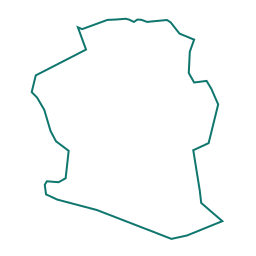 outline of Hampton, Virginia, United States of America, rotated 92°
{"feature_id": "52423323B9721740762179", "entity_name": "Hampton", "entity_type": "district", "adm_level": 2, "iso_a3": "USA", "parent_name": "United States of America", "parent_adm1": "Virginia", "projection": "orthographic", "projection_center": [-76.376, 37.054], "detail": "fine", "context": "isolated", "style": "outline", "palette": "teal", "viewbox_px": 256, "rotation_deg": 92, "n_neighbors": 0, "source": "geoboundaries", "source_scale": "gbopen_adm2", "svg_char_len": 676}
<svg xmlns="http://www.w3.org/2000/svg" viewBox="0 0 256 256"><g transform="rotate(92 128 128)"><path d="M85.7,46.2L78.2,51.1L80.2,63.5L70.9,69.2L49.6,68.9L37.4,65.0L31.9,79.8L21.0,89.0L18.7,92.8L21.3,112.7L19.4,118.4L19.3,122.4L21.8,125.8L19.7,130.5L18.9,134.1L20.0,143.7L20.7,152.4L30.8,177.3L29.1,181.6L51.1,172.7L78.6,222.0L95.5,225.5L100.8,219.9L112.8,212.3L133.7,205.3L143.8,199.5L152.9,186.5L166.4,187.5L180.4,188.6L184.6,195.5L184.1,207.2L187.7,209.2L197.2,207.6L202.0,196.2L211.1,156.1L214.2,147.2L225.9,113.5L237.3,80.7L233.4,65.4L217.8,30.5L200.4,52.2L188.0,54.1L147.9,62.0L140.3,46.9L101.3,38.7L85.7,46.2Z" fill="none" stroke="#0f766e" stroke-width="2"/></g></svg>